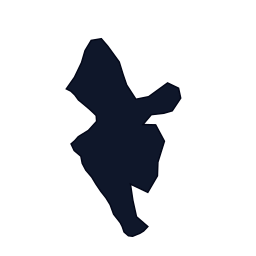 outline of Mousoulita, Cyprus, rotated 54°
{"feature_id": "46923920B47977238929858", "entity_name": "Mousoulita", "entity_type": "district", "adm_level": 2, "iso_a3": "CYP", "parent_name": "Cyprus", "parent_adm1": "", "projection": "equal_earth", "projection_center": [33.644, 35.193], "detail": "fine", "context": "isolated", "style": "filled", "palette": "ink", "viewbox_px": 256, "rotation_deg": 54, "n_neighbors": 0, "source": "geoboundaries", "source_scale": "gbopen_adm2", "svg_char_len": 860}
<svg xmlns="http://www.w3.org/2000/svg" viewBox="0 0 256 256"><g transform="rotate(54 128 128)"><path d="M60.1,154.9L64.5,152.6L69.9,151.6L76.2,151.6L83.1,149.8L90.0,148.1L95.1,147.1L99.2,146.4L104.2,149.5L106.7,161.5L105.8,173.2L107.0,178.6L107.4,183.4L114.6,184.8L123.1,182.7L129.7,185.8L137.3,186.9L146.4,186.2L154.6,186.9L163.4,187.2L171.6,186.9L179.5,187.5L189.3,190.3L200.0,189.9L204.4,190.6L209.8,192.3L215.4,191.0L218.3,187.9L220.2,180.0L220.5,175.9L219.4,169.9L204.8,173.3L189.4,166.6L174.8,159.0L191.7,149.8L184.0,132.3L173.2,123.9L160.1,106.3L141.7,103.8L134.0,113.9L130.9,101.3L137.1,90.4L140.1,82.1L134.8,67.8L125.5,63.7L114.8,69.5L114.8,82.9L114.8,92.9L109.4,104.7L92.4,103.8L81.7,100.5L69.4,96.3L60.9,96.3L50.1,96.3L40.1,97.1L35.5,106.3L40.1,117.2L47.8,127.2L55.5,141.5L60.1,154.9Z" fill="#0f172a" stroke="#020617" stroke-width="1.5"/></g></svg>